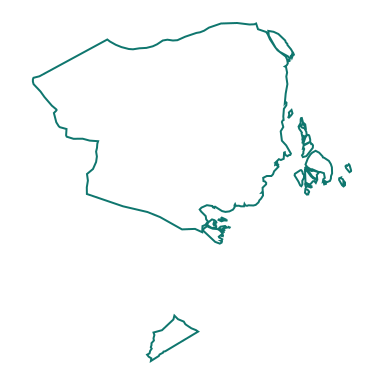 San Fernando, Buenos Aires, Argentina
{"feature_id": "61730980B31085500015034", "entity_name": "San Fernando", "entity_type": "district", "adm_level": 2, "iso_a3": "ARG", "parent_name": "Argentina", "parent_adm1": "Buenos Aires", "projection": "albers", "projection_center": [-58.481, -34.246], "detail": "fine", "context": "isolated", "style": "outline", "palette": "teal", "viewbox_px": 384, "rotation_deg": 0, "n_neighbors": 0, "source": "geoboundaries", "source_scale": "gbopen_adm2", "svg_char_len": 6045}
<svg xmlns="http://www.w3.org/2000/svg" viewBox="0 0 384 384"><path d="M107.3,39.5L39.4,76.3L33.5,77.8L32.9,79.3L32.9,81.7L33.6,84.2L40.5,91.5L44.5,97.1L51.9,105.7L56.3,109.4L56.6,110.0L56.1,110.8L53.9,113.0L56.3,122.3L58.8,126.3L59.9,127.2L66.5,129.0L66.1,135.3L66.7,136.7L73.5,138.8L82.6,138.7L89.7,140.6L98.1,141.2L97.3,143.8L97.0,147.8L96.1,151.6L96.9,156.5L96.1,162.0L93.0,169.0L87.0,174.0L87.9,180.6L86.8,187.3L86.9,194.0L123.0,206.3L147.4,212.0L160.1,217.1L182.0,229.4L195.0,228.9L202.2,232.2L202.5,226.1L205.4,224.9L208.0,221.5L206.2,219.4L205.7,216.1L201.1,211.5L199.7,209.5L201.5,207.6L206.9,205.2L212.3,206.0L212.9,207.3L214.1,207.8L214.0,206.9L215.1,206.7L222.1,211.1L225.4,211.9L229.4,211.4L233.0,209.6L234.6,207.3L234.5,205.3L235.1,204.2L235.8,205.9L238.9,205.7L240.8,206.3L244.0,206.3L244.5,204.0L245.4,205.5L247.1,205.8L248.4,205.3L253.4,205.5L255.7,204.9L258.5,202.4L259.4,200.3L261.0,198.7L263.0,195.5L262.9,192.5L261.6,192.7L262.7,191.4L262.6,187.7L266.1,184.3L266.2,182.9L265.0,181.5L263.5,181.1L263.2,177.8L266.8,176.0L271.4,176.0L273.0,174.3L274.1,171.3L278.4,166.8L277.6,165.9L278.3,164.9L277.8,164.3L276.8,164.8L276.7,164.1L275.2,164.8L275.3,164.1L277.2,162.9L277.1,162.1L276.4,162.9L275.4,162.6L278.9,159.2L280.9,160.0L283.7,158.8L284.1,152.6L284.8,152.3L285.0,154.0L286.0,155.4L287.6,156.2L288.5,155.3L290.3,154.9L290.9,153.6L286.2,145.4L281.9,140.7L280.7,131.3L283.3,127.0L281.9,122.0L282.7,120.4L283.6,120.0L283.3,116.6L283.9,108.8L286.3,105.3L286.5,102.7L285.7,102.0L284.8,103.2L285.7,93.5L287.4,84.1L286.3,76.5L287.1,72.6L286.0,67.0L284.9,66.5L286.7,65.3L287.8,63.4L287.1,59.5L285.7,56.5L277.5,50.2L274.8,46.7L269.9,39.2L267.8,34.4L266.2,32.0L258.0,29.2L256.1,23.5L254.3,24.3L249.5,24.5L237.1,23.0L221.0,23.5L209.0,27.6L204.1,30.7L200.0,32.3L196.5,32.9L185.2,36.7L177.4,40.2L172.9,40.5L167.4,39.7L162.8,40.5L157.1,44.3L152.8,46.3L146.4,47.9L139.4,48.3L133.0,49.3L128.8,49.0L121.5,47.1L115.8,44.8L109.9,41.5L107.3,39.5ZM150.9,361.0L158.8,356.0L159.6,354.5L163.0,352.7L163.5,351.6L165.2,351.3L198.1,331.6L195.9,330.1L191.4,328.3L186.4,325.0L185.2,324.0L183.8,321.6L178.0,319.2L174.4,315.6L173.4,319.5L162.0,330.2L153.5,332.5L154.4,335.0L153.5,338.3L153.9,340.5L151.5,343.2L151.5,345.2L150.8,347.2L151.7,348.7L150.2,350.8L149.5,353.4L147.1,354.7L148.7,356.7L151.3,358.3L150.9,361.0ZM331.9,167.3L330.8,164.0L328.9,160.9L324.2,157.8L322.9,157.4L322.6,156.4L319.2,152.7L315.6,150.8L312.2,152.7L310.4,154.5L307.8,158.5L305.5,164.5L307.2,167.0L311.2,169.6L312.5,169.9L312.5,169.4L318.9,172.1L320.3,172.0L323.9,173.2L324.8,177.9L323.3,179.2L322.9,181.5L324.1,180.6L326.9,182.2L330.0,180.9L330.9,178.6L331.0,176.2L332.1,173.4L331.9,167.3ZM289.8,58.6L290.5,57.7L290.8,55.9L291.6,55.4L292.3,53.8L292.5,52.0L291.0,49.3L287.4,44.9L287.3,43.8L285.8,42.3L285.2,40.5L278.4,34.0L273.6,31.8L268.3,30.9L268.8,35.7L275.7,47.9L279.5,51.7L287.9,56.3L289.8,58.6ZM209.3,228.2L209.6,227.5L207.1,226.2L203.7,228.7L203.0,230.5L215.2,241.9L219.8,243.6L221.6,242.6L221.9,241.5L221.1,241.0L221.6,241.0L222.3,239.3L219.1,237.4L218.8,236.7L221.1,234.9L221.5,234.9L221.8,236.0L222.8,236.2L223.0,235.4L222.2,233.8L222.6,233.4L219.7,230.3L217.6,229.1L212.8,228.7L209.7,227.5L209.3,228.2ZM311.2,144.1L310.8,142.8L309.9,142.2L303.6,145.6L302.9,148.7L304.0,148.5L304.2,149.0L303.4,151.4L303.3,153.5L302.0,155.3L302.9,157.1L306.4,156.1L312.8,147.8L313.0,145.4L312.2,144.1L311.2,144.1ZM301.3,186.2L302.4,184.4L302.3,180.8L303.9,177.9L304.1,175.1L302.8,173.6L302.4,171.7L301.3,170.2L300.4,170.2L294.9,173.8L294.6,175.4L298.4,181.5L300.2,185.4L301.3,186.2ZM315.8,182.9L317.0,180.1L312.9,178.1L310.8,176.1L308.0,172.2L305.6,169.8L305.0,169.8L305.5,182.3L308.0,183.9L310.2,184.4L312.9,181.3L314.3,181.1L315.8,182.9ZM306.7,134.8L306.3,131.8L304.5,128.4L302.0,127.5L300.9,126.3L299.1,126.1L298.6,126.6L299.2,128.7L301.9,132.6L301.6,133.3L302.5,137.3L303.2,136.4L303.5,135.1L303.6,135.5L303.6,137.8L302.3,139.1L302.4,139.7L303.1,139.8L302.6,142.2L303.1,142.1L304.6,139.0L304.8,137.2L306.7,134.8ZM311.5,171.0L306.8,168.3L305.8,167.2L305.2,167.7L305.3,168.8L309.3,172.2L312.2,176.3L314.5,178.1L317.2,178.9L316.8,174.9L318.6,172.8L317.3,171.8L313.8,170.7L311.5,171.0ZM212.0,219.4L208.1,222.5L207.2,225.1L211.9,228.0L216.2,227.6L216.2,226.1L215.1,225.2L214.1,225.4L213.4,224.1L213.9,222.5L215.1,224.3L215.6,224.2L215.5,223.0L216.4,222.5L216.1,221.6L214.5,220.2L212.0,219.4ZM310.2,141.8L310.2,139.5L309.4,136.1L308.8,135.1L307.9,134.9L306.9,135.3L305.4,137.4L303.0,144.5L303.7,143.8L303.9,144.8L310.2,141.8ZM349.6,165.2L348.8,164.2L347.4,165.8L346.4,165.3L345.5,166.2L346.1,168.1L349.5,172.2L351.0,171.2L351.1,170.4L349.6,165.2ZM345.0,182.4L344.1,181.5L342.6,179.0L340.7,178.2L340.9,177.6L339.2,178.3L339.1,179.9L342.0,185.1L342.9,185.9L343.4,184.5L343.4,181.7L343.7,181.7L344.3,185.8L345.0,185.2L345.0,182.4ZM308.2,194.4L308.2,193.4L308.5,192.6L309.0,192.5L309.1,191.5L307.5,189.7L305.4,189.2L305.0,192.7L306.9,194.6L308.2,194.4ZM289.6,117.1L289.8,116.3L291.0,115.6L292.5,113.3L291.5,110.0L288.9,112.5L289.2,114.9L288.4,117.3L288.9,117.6L289.6,117.1ZM226.3,227.0L225.1,226.0L220.6,226.7L218.8,228.5L221.6,229.5L223.7,228.2L226.5,227.7L226.3,227.0ZM300.3,125.6L302.1,124.9L303.1,122.9L301.8,118.0L301.1,118.1L300.7,119.1L300.6,123.0L299.3,125.3L300.3,125.6ZM225.8,219.8L218.8,219.4L218.5,219.9L221.5,221.3L223.9,220.4L227.4,220.6L225.8,219.8ZM306.5,184.1L305.4,183.1L305.1,184.0L305.9,187.4L308.7,184.9L306.5,184.1ZM324.2,184.4L325.9,183.9L325.7,182.4L324.4,182.0L323.7,182.5L324.2,184.4ZM309.2,185.7L307.9,186.5L310.8,187.5L311.6,187.2L311.5,186.2L309.2,185.7ZM220.9,230.3L220.8,230.9L222.5,232.6L223.1,231.7L223.7,231.8L223.6,230.9L220.9,230.3ZM305.6,127.2L305.2,124.4L304.2,123.5L304.1,125.5L305.6,127.2ZM291.9,57.8L292.8,55.5L293.9,54.7L293.5,53.7L291.5,56.7L291.9,57.8ZM224.3,230.1L223.3,229.3L221.8,230.0L223.9,230.4L224.3,230.1ZM288.9,61.2L289.6,60.9L289.6,59.7L288.6,59.8L288.9,61.2ZM223.5,218.4L221.8,217.6L221.5,217.9L222.1,218.6L223.5,218.4ZM229.7,227.4L228.5,226.9L228.3,227.4L229.5,227.7L229.7,227.4Z" fill="none" stroke="#0f766e" stroke-width="2"/></svg>